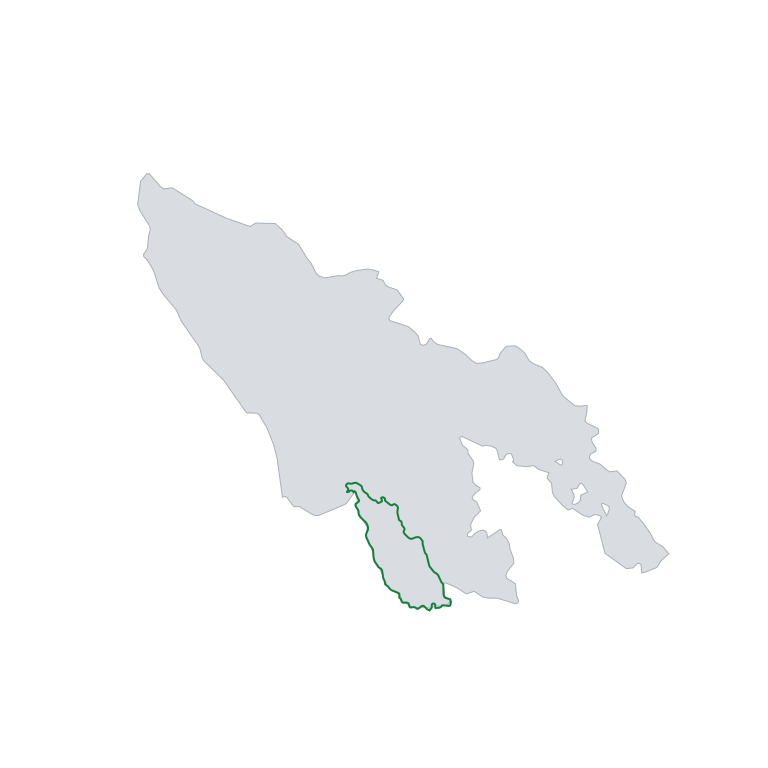 Kyrgyzstan, with Talas highlighted, rotated 233°
{"feature_id": "KGZ-1121", "entity_name": "Talas", "entity_type": "Region", "adm_level": 1, "iso_a3": "KGZ", "parent_name": "Kyrgyzstan", "parent_adm1": "", "projection": "equal_earth", "projection_center": [72.41, 42.447], "detail": "fine", "context": "in_parent", "style": "outline", "palette": "green", "viewbox_px": 768, "rotation_deg": 233, "n_neighbors": 0, "source": "natural_earth", "source_scale": "10m", "svg_char_len": 6674}
<svg xmlns="http://www.w3.org/2000/svg" viewBox="0 0 768 768"><g transform="rotate(233 384 384)"><path d="M172.1,455.9L173.9,454.7L179.9,453.5L191.8,452.3L195.9,453.2L204.0,458.1L210.3,457.5L211.4,458.2L213.8,462.3L222.5,456.2L228.8,454.4L232.0,448.3L238.8,441.0L244.5,439.8L244.6,441.0L245.7,442.1L251.6,443.7L253.4,441.8L254.4,439.2L252.3,434.9L252.3,433.2L254.1,430.6L263.5,434.6L265.6,434.5L269.9,432.3L273.8,428.3L275.2,425.2L294.4,415.1L295.8,413.3L295.5,412.0L287.4,409.6L283.8,411.0L280.4,411.0L278.4,409.5L268.7,408.9L266.5,407.9L260.0,400.6L252.0,396.0L248.1,396.3L243.5,398.2L242.0,397.3L241.7,390.5L240.7,386.4L238.0,385.4L234.4,387.1L224.6,384.8L223.4,376.2L219.8,368.7L214.6,365.7L214.4,361.1L212.6,359.2L211.1,359.8L209.1,362.0L210.0,367.0L209.2,372.1L208.1,374.6L205.8,376.5L203.2,376.5L198.8,374.0L198.0,389.2L197.1,390.1L191.8,388.0L187.6,388.9L181.2,388.0L176.4,385.4L167.1,382.6L162.7,379.8L160.1,369.6L157.5,366.0L155.1,365.2L145.3,368.7L135.1,362.5L130.1,361.2L128.7,359.3L129.0,357.0L144.6,345.7L150.7,337.9L154.6,334.6L164.3,331.1L166.5,324.0L167.3,323.2L177.2,319.7L188.3,313.5L188.5,311.8L187.4,310.3L177.5,304.6L172.5,307.2L169.5,303.9L169.5,300.5L172.9,294.7L175.7,291.8L176.9,286.2L180.9,282.5L185.1,276.6L190.1,271.7L199.4,268.1L204.5,269.3L209.4,268.4L216.9,265.5L221.5,265.3L240.7,269.8L247.1,270.0L262.0,275.8L273.8,278.7L279.5,284.3L298.3,286.8L303.5,288.5L305.3,291.2L310.7,294.7L315.3,295.5L311.2,282.0L312.8,274.0L318.6,252.1L321.7,248.8L336.9,242.7L340.4,238.1L351.4,238.2L353.6,237.4L354.8,234.8L389.0,253.9L401.9,259.3L419.8,264.2L434.9,265.8L437.4,264.7L443.3,257.2L446.1,256.9L483.5,258.2L510.2,254.2L514.0,254.4L524.1,258.7L555.7,259.9L568.2,262.7L587.9,261.7L596.2,262.2L611.3,267.6L616.5,268.7L626.3,269.5L630.0,268.7L632.2,269.9L634.6,276.7L644.1,285.3L647.7,290.0L651.2,291.9L668.8,293.3L675.5,295.2L692.3,311.5L694.7,321.1L693.1,323.1L675.9,324.3L672.1,325.8L668.2,332.9L645.3,341.6L641.9,341.4L611.4,357.8L590.4,371.8L589.7,378.4L577.6,393.7L568.2,395.5L560.2,395.1L547.1,399.8L530.2,398.2L524.5,398.5L513.4,396.4L508.9,397.5L504.3,400.6L498.0,412.8L495.4,415.6L494.2,418.4L493.3,424.3L491.0,430.6L485.6,440.2L480.9,444.6L476.6,447.4L473.0,441.6L467.3,445.6L462.0,444.8L458.7,446.0L451.3,451.1L440.2,450.9L439.0,449.1L436.6,435.2L434.5,428.6L432.9,427.1L430.9,426.9L415.2,437.9L407.9,439.8L401.8,440.2L393.9,436.9L392.2,437.7L390.9,439.5L390.3,441.7L392.7,448.0L392.1,449.2L388.5,449.1L383.5,450.5L368.4,463.5L358.8,466.8L349.9,468.2L344.6,470.5L341.6,475.3L335.8,488.7L336.1,491.5L338.6,495.1L340.4,503.2L340.0,505.3L335.3,512.0L329.2,514.0L324.4,515.0L315.2,514.1L310.4,515.5L301.7,520.6L294.6,521.6L281.0,521.7L267.7,519.7L263.4,520.4L251.6,523.4L247.6,528.2L245.4,532.6L244.3,533.2L239.6,529.2L233.6,522.3L230.7,522.4L220.1,528.0L218.5,527.9L215.5,525.7L215.9,517.0L212.5,515.2L205.3,514.7L202.8,512.8L203.7,507.1L202.8,505.0L201.0,503.4L197.2,503.8L189.7,508.5L180.8,510.2L177.8,511.7L174.3,517.8L162.6,519.1L158.8,517.7L151.7,506.3L145.7,504.6L139.4,505.0L131.0,508.0L129.0,505.6L126.8,504.9L124.9,506.9L114.5,507.2L104.0,506.9L98.1,505.6L94.2,505.6L86.4,508.8L76.9,509.3L76.1,498.7L73.3,491.6L76.3,479.9L78.0,476.1L85.0,480.5L87.5,479.7L88.2,477.4L87.2,472.2L90.8,466.4L115.7,458.6L143.2,470.0L146.7,477.5L149.1,477.1L153.0,473.8L154.2,467.5L159.5,463.9L171.4,459.7L172.1,455.9ZM186.0,481.8L186.6,480.7L184.5,475.2L187.4,470.1L181.8,469.3L179.0,467.7L175.8,462.6L174.7,462.3L173.1,463.8L172.2,467.1L172.9,470.8L176.9,474.3L175.0,481.6L183.2,482.4L186.0,481.8ZM157.3,486.8L157.1,485.3L155.1,484.5L144.8,482.5L145.2,484.0L149.1,489.4L152.1,489.7L157.3,486.8ZM218.7,477.4L219.3,474.1L213.1,476.1L212.4,477.8L214.5,479.9L217.2,480.7L218.7,477.4Z" fill="#d9dde1" stroke="#a8b0b8" stroke-width="1"/><path d="M314.4,296.2L316.0,295.9L316.0,294.6L317.6,294.7L318.9,293.5L319.3,292.7L319.3,292.4L319.2,292.0L319.1,291.6L319.2,290.7L319.5,290.1L319.9,289.5L320.1,289.5L320.3,289.8L320.7,291.0L320.8,291.4L321.0,291.6L321.3,291.9L321.6,292.1L322.0,292.3L322.5,292.4L323.1,292.4L324.7,292.2L324.9,292.3L325.6,292.4L326.3,293.4L326.4,294.0L326.5,294.8L326.3,295.4L326.1,295.8L324.6,297.2L323.7,298.5L323.4,299.1L323.2,300.3L321.7,302.4L320.8,302.8L317.5,304.2L316.2,304.5L315.3,304.5L313.8,303.7L313.4,303.5L311.2,303.2L309.9,303.3L308.9,303.5L306.7,304.4L305.9,304.5L305.1,304.4L304.4,304.1L303.4,304.0L302.6,304.0L301.5,304.4L300.4,304.5L299.1,304.9L297.6,305.6L297.3,305.7L297.1,306.0L296.5,306.8L295.8,307.3L295.1,307.4L293.3,307.4L292.6,307.6L292.3,308.0L292.1,308.6L291.6,310.7L291.6,311.1L291.6,311.6L291.8,312.0L292.2,312.3L294.2,312.9L294.5,313.0L294.8,313.4L294.8,313.7L294.6,314.1L294.0,315.2L292.3,315.8L291.7,315.6L291.0,315.3L290.6,314.8L290.1,314.7L284.7,316.0L283.2,316.6L282.3,317.4L282.2,318.2L282.2,319.1L282.0,319.7L281.3,320.4L280.2,320.8L278.4,321.1L277.5,321.0L276.7,320.6L274.0,317.9L272.9,317.1L271.7,316.5L268.7,315.3L266.8,314.3L265.9,314.3L263.7,315.1L262.7,314.7L260.8,313.5L258.8,313.4L257.1,313.5L256.1,313.3L255.4,312.8L255.1,312.1L254.7,311.3L253.8,310.5L253.1,310.3L251.3,310.3L247.1,310.9L246.1,311.2L244.8,311.8L244.0,312.5L243.5,313.4L243.2,314.4L242.6,316.7L242.0,318.0L240.8,319.5L239.7,320.1L238.7,320.3L235.0,320.2L233.7,319.0L232.6,318.4L231.6,318.0L225.3,315.4L223.5,315.1L223.1,315.2L222.4,315.3L221.6,315.1L212.2,311.0L210.7,310.6L203.7,310.8L203.1,311.0L201.9,311.5L199.9,312.1L199.1,312.2L198.4,312.1L190.9,310.5L189.5,310.9L187.7,310.3L179.9,304.8L178.1,304.1L176.3,304.3L173.8,306.1L172.6,307.2L170.9,306.9L169.8,306.3L167.6,304.1L167.3,303.0L168.0,301.9L169.3,300.6L170.0,300.0L171.8,297.9L172.2,297.0L172.1,296.5L171.8,296.0L171.7,295.2L172.0,293.8L172.7,292.4L173.5,291.1L174.3,290.3L177.0,292.0L177.9,292.1L178.7,291.7L179.2,291.0L179.3,290.1L178.9,289.3L176.9,287.6L176.4,286.9L175.8,284.1L178.0,282.9L182.8,282.2L183.7,281.3L184.0,280.2L183.9,277.3L184.1,275.8L184.5,275.1L186.7,274.4L187.6,273.8L188.3,272.9L189.5,270.7L190.4,270.3L191.7,270.6L193.0,271.3L194.2,271.5L195.2,271.1L196.1,270.2L196.8,269.2L197.4,268.1L198.4,267.3L199.8,267.2L202.5,268.1L203.4,267.7L204.0,267.6L204.5,267.9L206.7,269.7L207.4,270.0L208.4,269.8L214.6,266.0L216.4,265.4L220.3,265.3L222.3,264.6L223.2,264.4L224.0,264.8L224.9,265.3L225.8,265.7L229.3,266.5L235.7,270.0L237.5,270.5L238.4,270.4L240.0,269.7L240.9,269.4L248.0,269.7L251.7,271.2L258.3,275.5L260.3,275.8L264.3,275.8L272.3,277.6L274.0,278.5L275.3,280.0L277.3,283.5L278.7,284.7L280.6,285.6L282.5,286.1L284.4,286.2L291.6,285.0L294.1,285.1L296.2,285.9L297.3,286.8L298.2,287.3L299.2,287.5L303.2,287.8L304.5,288.3L305.4,289.3L305.2,291.5L305.3,293.1L305.9,294.0L311.0,294.9L314.4,296.2Z" fill="none" stroke="#15803d" stroke-width="2"/></g></svg>